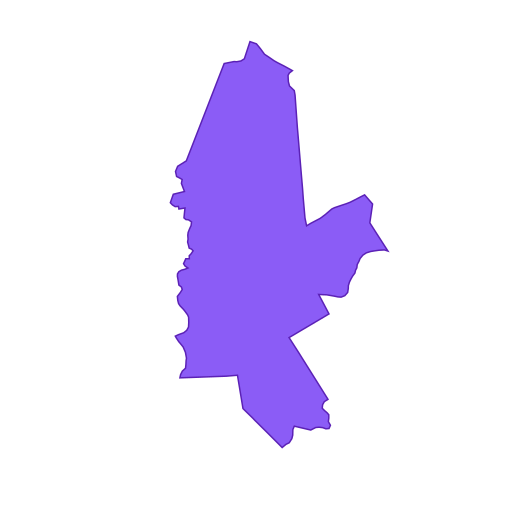 the district of Santa Rita, Maranhão, Brazil, rotated 58°
{"feature_id": "56859067B30412481921116", "entity_name": "Santa Rita", "entity_type": "district", "adm_level": 2, "iso_a3": "BRA", "parent_name": "Brazil", "parent_adm1": "Maranhão", "projection": "natural_earth1", "projection_center": [-44.315, -3.168], "detail": "fine", "context": "isolated", "style": "filled", "palette": "violet", "viewbox_px": 512, "rotation_deg": 58, "n_neighbors": 0, "source": "geoboundaries", "source_scale": "gbopen_adm2", "svg_char_len": 2356}
<svg xmlns="http://www.w3.org/2000/svg" viewBox="0 0 512 512"><g transform="rotate(58 256 256)"><path d="M165.4,300.4L168.4,299.8L171.3,298.4L172.8,295.5L175.3,296.5L176.5,293.6L177.7,290.8L181.1,293.5L185.5,296.9L188.0,296.1L189.5,294.1L192.9,292.6L195.8,294.9L197.5,297.6L200.1,301.1L202.2,302.8L205.7,304.7L207.9,306.6L211.2,307.6L213.9,308.5L216.1,307.0L218.3,306.6L219.7,309.8L220.4,312.5L223.0,314.0L221.1,317.0L222.6,319.2L224.1,321.5L227.0,321.5L230.1,320.1L229.5,323.5L228.5,326.7L228.4,329.7L229.6,332.1L231.7,333.5L234.3,334.5L239.8,336.8L242.7,335.7L245.3,336.3L246.9,339.6L248.6,344.1L252.3,345.9L255.4,346.9L258.0,346.8L260.4,346.3L262.8,345.8L265.4,345.5L269.8,345.2L272.2,345.6L276.8,348.3L280.5,350.9L282.3,354.1L282.8,357.9L282.2,360.7L281.6,363.6L281.2,366.9L283.5,367.0L287.8,366.9L291.9,366.3L294.6,366.0L300.3,366.9L303.3,368.1L305.8,369.1L307.8,370.8L310.7,372.8L313.8,375.2L314.6,379.5L316.6,382.8L319.0,385.1L342.2,344.8L347.3,334.9L378.5,347.9L392.0,344.6L394.6,344.1L410.6,340.3L432.3,335.3L431.6,330.4L432.0,326.8L429.9,322.4L427.4,319.8L422.7,316.7L420.6,313.7L432.6,301.8L433.1,296.2L434.6,293.3L436.9,290.4L439.6,288.3L441.0,285.5L439.0,282.6L434.8,282.4L432.1,280.2L429.2,278.4L426.6,278.8L423.4,279.8L420.2,280.5L417.4,278.3L415.7,275.2L415.7,270.9L360.1,271.0L342.7,271.2L342.9,263.8L343.0,258.8L343.8,224.8L321.8,223.2L324.3,219.7L326.3,216.7L331.5,210.9L334.1,208.2L336.0,205.6L336.7,201.7L335.5,197.6L332.4,194.9L330.1,193.4L327.6,190.5L325.8,187.6L324.2,184.6L322.9,181.2L320.8,179.1L319.5,176.8L316.9,174.7L315.0,171.4L313.3,169.1L311.9,164.9L311.8,160.7L313.0,156.2L314.3,153.1L316.3,148.6L318.9,143.9L321.7,141.5L299.5,141.8L288.2,141.9L273.7,129.6L261.7,131.5L261.3,135.8L260.7,143.4L260.3,147.7L259.5,151.8L258.3,156.7L257.3,160.9L256.6,163.9L256.3,166.8L257.6,175.5L258.1,181.6L257.3,192.1L257.2,197.1L249.7,194.3L231.8,185.2L223.5,180.8L210.4,174.1L174.2,155.5L168.7,152.7L140.2,137.6L136.0,135.9L129.6,137.5L125.4,136.2L122.1,134.4L119.8,133.1L118.5,130.8L118.1,126.9L109.8,131.5L103.3,135.4L100.0,137.2L95.1,139.3L89.4,141.9L82.5,142.4L76.3,143.2L71.0,147.5L82.6,161.4L82.6,165.5L81.0,169.5L79.5,171.5L75.9,181.0L118.4,237.9L138.4,264.7L138.4,274.9L141.7,279.5L146.5,281.2L149.1,279.6L152.0,278.1L154.9,280.8L163.4,282.5L159.8,293.4L165.4,300.4Z" fill="#8b5cf6" stroke="#5b21b6" stroke-width="1.5"/></g></svg>